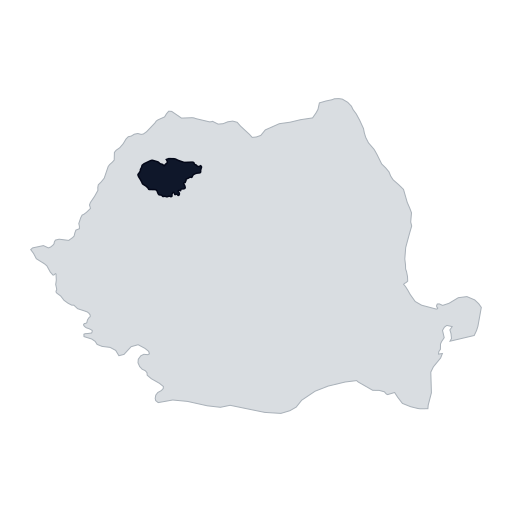 Romania, with Salaj highlighted
{"feature_id": "ROU-300", "entity_name": "Salaj", "entity_type": "County", "adm_level": 1, "iso_a3": "ROU", "parent_name": "Romania", "parent_adm1": "", "projection": "mercator", "projection_center": [23.232, 47.144], "detail": "fine", "context": "in_parent", "style": "filled", "palette": "ink", "viewbox_px": 512, "rotation_deg": 0, "n_neighbors": 0, "source": "natural_earth", "source_scale": "10m", "svg_char_len": 5463}
<svg xmlns="http://www.w3.org/2000/svg" viewBox="0 0 512 512"><path d="M410.2,294.5L415.2,301.5L421.6,305.2L436.3,309.1L437.6,308.7L437.7,307.9L436.7,306.9L436.6,305.6L437.3,304.0L439.3,303.9L442.6,305.4L449.0,303.3L458.3,297.7L466.9,296.6L474.7,299.9L478.7,303.7L481.3,307.4L480.5,311.9L480.0,314.7L477.9,326.3L476.5,330.6L474.2,335.5L450.0,341.2L451.5,338.5L451.0,333.6L449.9,329.9L452.2,326.6L446.8,325.4L444.4,327.2L442.5,330.4L444.2,337.7L441.5,341.7L440.5,344.0L440.4,349.3L438.8,351.6L438.5,354.1L442.4,353.5L440.6,358.0L433.4,366.8L430.8,372.1L431.4,392.8L428.2,405.1L427.9,408.7L420.2,408.8L417.9,408.5L410.6,406.7L402.4,403.4L397.6,397.1L394.6,392.5L387.6,394.6L386.3,394.0L384.4,391.8L379.2,390.4L372.7,390.3L358.2,382.0L356.6,380.6L345.2,382.0L328.1,386.1L315.1,391.2L301.7,400.2L296.2,407.1L289.9,410.7L280.9,413.4L264.8,412.4L248.1,409.0L230.1,405.3L220.4,407.3L207.3,405.8L187.5,401.4L172.7,400.0L158.2,402.6L155.7,400.6L155.2,398.4L155.8,395.1L157.8,392.5L161.3,390.6L163.2,388.6L163.4,386.5L159.4,383.3L151.3,378.7L148.0,375.9L147.2,375.2L147.0,372.7L145.3,370.7L142.1,369.2L139.7,366.6L138.0,362.8L138.3,359.2L140.8,355.8L143.9,354.3L147.8,354.7L149.4,353.8L148.7,351.4L145.0,348.4L138.1,344.7L131.1,346.7L124.0,354.4L118.9,355.7L115.7,350.4L110.1,347.4L102.1,346.4L97.1,344.4L95.2,341.4L91.7,339.0L84.0,336.6L83.9,334.2L85.1,333.7L87.9,333.5L91.6,333.0L92.2,331.6L92.2,330.4L89.3,328.8L86.3,327.8L84.8,326.7L83.8,325.6L83.6,324.3L84.5,323.5L85.7,323.4L86.8,322.7L87.5,319.9L89.1,317.5L90.2,316.7L90.2,315.0L89.0,313.3L87.4,312.0L85.0,311.1L77.6,308.7L73.9,305.2L71.6,305.1L68.0,303.2L64.0,300.3L60.7,296.0L57.0,293.3L56.1,292.2L56.0,291.1L56.7,289.9L56.6,288.6L55.7,284.5L56.3,280.1L56.1,276.0L56.1,274.1L55.4,273.6L54.8,274.2L53.9,275.0L53.0,275.1L50.3,272.1L46.9,265.9L44.6,263.9L40.1,261.1L36.3,258.7L33.6,253.5L30.7,249.6L32.6,247.9L43.4,245.6L48.4,247.9L50.7,247.0L52.9,245.2L54.1,243.7L54.3,242.1L55.4,240.1L59.1,239.2L68.7,240.4L72.6,237.6L74.1,236.1L74.9,232.8L75.9,230.1L79.4,228.7L79.4,226.2L78.8,223.5L80.8,217.6L82.1,215.1L84.0,214.2L86.4,212.4L90.5,208.4L89.5,205.0L90.4,202.5L94.6,196.3L97.9,190.4L97.8,187.4L98.3,184.8L101.2,181.9L104.2,178.2L108.2,166.5L109.6,164.6L112.2,162.3L114.2,160.1L114.4,152.4L116.2,150.2L119.8,147.7L123.2,143.7L126.1,138.9L128.3,136.7L131.2,136.1L134.3,134.2L137.8,133.5L141.2,134.4L143.4,134.0L146.6,131.7L155.0,122.9L156.2,121.1L157.9,119.9L164.6,116.9L166.4,113.9L168.7,111.2L171.7,111.4L181.5,118.1L192.0,117.7L193.9,117.9L194.5,118.1L195.8,118.6L209.7,121.9L211.9,121.6L212.5,121.3L218.1,124.1L223.1,123.7L227.8,121.8L232.7,121.1L237.2,122.3L240.6,126.2L249.5,134.4L252.2,137.4L256.3,137.0L260.8,135.4L265.3,129.9L279.3,123.7L290.1,122.2L300.5,119.7L312.6,117.9L316.1,112.8L318.0,109.3L319.4,102.9L325.9,101.0L332.1,99.7L334.3,98.8L338.8,98.6L342.3,99.1L347.7,102.3L351.5,106.3L353.0,109.5L356.3,114.0L359.7,120.3L363.5,128.6L364.3,132.8L365.7,137.4L368.5,142.9L373.8,149.0L374.6,150.2L377.0,154.5L381.7,164.0L385.6,167.8L389.0,171.9L390.7,176.1L393.1,179.8L398.8,184.8L403.5,189.4L407.2,202.3L409.8,208.3L411.5,212.8L410.7,222.0L411.7,226.0L409.6,233.1L405.7,247.5L404.8,258.9L405.5,265.0L405.6,269.0L406.5,271.5L407.5,276.6L407.7,281.1L406.3,282.4L404.4,283.5L403.6,284.4L405.4,286.4L407.8,290.2L410.2,294.5Z" fill="#d9dde1" stroke="#a8b0b8" stroke-width="1"/><path d="M200.7,165.7L201.5,166.8L201.5,167.3L201.4,167.8L201.1,168.4L200.9,169.3L200.6,170.6L200.7,171.9L200.3,172.6L199.6,172.9L196.8,173.2L195.2,173.7L193.5,174.6L192.8,175.4L192.4,176.3L192.0,177.1L191.6,177.4L191.2,177.4L190.7,177.2L190.2,177.2L189.5,177.4L188.5,178.1L186.3,179.0L186.1,179.4L186.0,180.0L186.0,180.6L185.6,181.3L185.3,182.0L185.2,182.4L184.9,182.6L183.9,182.9L183.7,183.3L183.6,183.7L183.8,184.2L184.4,185.0L184.7,185.5L185.1,187.0L185.2,187.5L185.0,188.2L184.5,188.6L183.8,188.8L183.2,188.9L182.1,188.9L181.5,188.9L181.0,189.3L180.8,189.7L180.6,190.6L180.3,190.7L179.5,190.4L179.0,190.4L178.3,190.7L178.1,191.2L178.3,191.8L178.7,192.3L179.2,192.8L179.4,193.5L179.4,194.1L179.0,195.1L178.6,195.4L178.1,195.4L177.8,195.1L177.5,194.7L177.2,194.4L176.8,194.2L176.3,194.2L175.3,194.6L174.8,194.5L174.6,194.1L174.3,193.1L174.0,192.5L173.6,192.3L173.0,192.4L172.7,192.9L172.0,194.1L171.9,194.6L171.9,195.2L172.0,195.8L171.8,196.4L171.4,196.6L170.8,196.7L169.7,196.2L169.2,196.2L168.5,196.3L167.6,196.7L166.7,196.8L166.0,196.6L165.5,196.4L165.0,196.3L164.4,196.3L163.4,196.5L162.9,196.5L162.5,196.3L162.3,195.9L162.1,195.6L161.7,195.3L161.3,195.1L159.5,194.9L158.9,194.7L158.4,194.1L157.9,193.2L157.1,191.1L156.8,190.5L156.3,190.1L155.8,189.8L154.9,189.6L149.2,189.5L148.7,189.3L147.9,187.9L146.0,186.1L143.1,184.3L142.5,183.8L142.2,183.2L142.0,182.6L140.6,179.9L138.6,176.7L138.0,175.2L138.0,174.3L138.4,173.9L138.8,173.4L140.0,171.6L140.3,171.1L140.4,170.5L140.4,169.9L140.5,169.3L140.8,168.8L141.3,167.9L141.6,167.3L142.1,165.3L144.1,163.7L150.4,160.7L151.7,160.3L152.6,160.3L157.8,161.8L158.5,162.2L159.6,163.3L160.3,163.8L162.3,164.3L162.8,164.5L163.6,165.5L164.2,165.8L164.5,165.7L164.7,165.4L164.9,164.9L165.2,164.5L167.0,163.0L167.3,162.5L167.4,162.0L167.3,161.4L166.9,160.5L166.3,159.5L168.7,158.6L173.7,158.7L175.0,158.9L175.9,159.2L177.8,160.2L183.8,162.3L184.9,162.4L192.2,162.1L193.3,162.3L193.9,162.7L194.0,163.2L194.3,163.8L194.7,164.4L195.7,164.8L196.3,165.1L196.7,165.5L197.1,166.0L197.7,166.4L198.3,166.5L199.0,166.5L199.5,166.3L200.7,165.7Z" fill="#0f172a" stroke="#020617" stroke-width="1.5"/></svg>